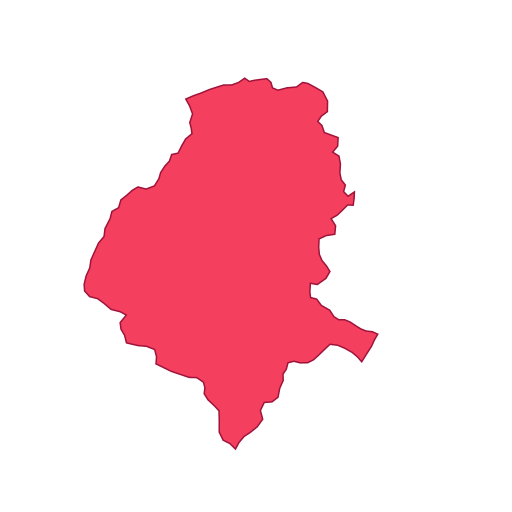 the district of Armazém, Santa Catarina, Brazil, rotated 32°
{"feature_id": "56859067B33750848824651", "entity_name": "Armazém", "entity_type": "district", "adm_level": 2, "iso_a3": "BRA", "parent_name": "Brazil", "parent_adm1": "Santa Catarina", "projection": "albers", "projection_center": [-49.004, -28.235], "detail": "fine", "context": "isolated", "style": "filled", "palette": "rose", "viewbox_px": 512, "rotation_deg": 32, "n_neighbors": 0, "source": "geoboundaries", "source_scale": "gbopen_adm2", "svg_char_len": 2117}
<svg xmlns="http://www.w3.org/2000/svg" viewBox="0 0 512 512"><g transform="rotate(32 256 256)"><path d="M400.7,257.8L395.0,258.5L389.0,261.3L383.3,262.3L377.4,262.3L370.9,262.1L364.9,263.1L360.0,266.2L354.4,266.2L347.2,262.9L337.7,263.3L330.3,260.4L324.3,262.3L320.6,257.8L316.6,250.3L323.1,247.7L327.2,237.8L326.9,230.0L321.1,227.1L314.4,224.9L308.9,221.1L304.7,215.6L300.4,208.1L304.6,201.6L311.3,195.8L307.5,188.2L299.9,184.5L303.3,178.1L305.3,170.1L306.7,164.1L311.5,161.4L308.6,155.0L305.5,149.5L302.4,156.5L296.2,155.0L294.2,148.5L287.9,146.2L283.1,141.1L278.9,133.3L273.4,127.3L266.0,127.3L267.0,119.5L262.9,112.1L255.1,113.7L248.5,115.1L242.8,110.4L237.1,109.2L237.3,102.8L240.0,95.7L234.6,86.7L225.7,81.4L217.7,81.6L208.4,82.2L203.6,84.1L200.8,91.2L193.1,97.0L186.7,103.8L180.9,104.7L176.6,100.8L171.2,99.9L166.4,103.8L161.8,107.6L157.8,111.5L152.2,111.2L149.3,118.0L144.8,123.8L137.9,128.2L133.7,133.1L128.3,139.5L122.6,147.5L118.1,153.1L113.3,160.1L120.3,164.0L126.9,169.1L129.1,177.9L133.2,181.8L136.9,186.2L134.3,194.0L134.6,202.0L135.4,210.1L130.7,214.6L132.3,221.4L131.1,227.8L130.9,235.6L132.7,242.0L132.7,250.4L127.3,257.5L119.3,260.0L116.2,266.0L114.2,273.0L111.7,280.1L113.9,287.8L110.2,294.6L112.5,301.7L113.4,312.7L116.8,320.0L115.6,328.4L116.8,337.4L118.1,346.8L121.3,354.1L122.5,362.9L125.3,371.2L129.2,376.5L136.4,378.6L144.2,376.1L152.2,376.7L161.4,378.1L170.5,375.2L177.3,374.8L176.1,384.5L180.3,389.6L186.6,392.9L192.2,398.3L197.9,396.4L203.6,394.4L211.0,390.6L219.6,389.0L225.0,394.1L228.4,400.5L245.3,398.7L263.6,394.4L270.3,390.5L278.3,390.9L282.5,394.8L285.0,400.2L291.5,403.4L300.1,405.1L306.7,406.9L312.1,415.1L318.1,424.8L325.7,429.6L333.3,428.9L340.9,430.6L340.4,423.2L341.5,415.4L344.6,408.7L347.5,400.3L348.2,390.9L341.6,384.7L340.6,375.8L346.9,371.2L349.5,364.1L346.2,355.5L345.0,347.1L341.5,341.9L341.7,335.9L339.7,329.6L343.9,325.2L350.1,323.2L356.4,319.1L359.8,313.5L361.5,307.5L363.5,299.5L365.5,291.7L372.5,288.4L380.3,287.2L388.7,286.8L395.5,287.8L401.7,289.7L401.7,281.4L401.8,271.6L400.9,264.2L400.7,257.8Z" fill="#f43f5e" stroke="#9f1239" stroke-width="1.5"/></g></svg>